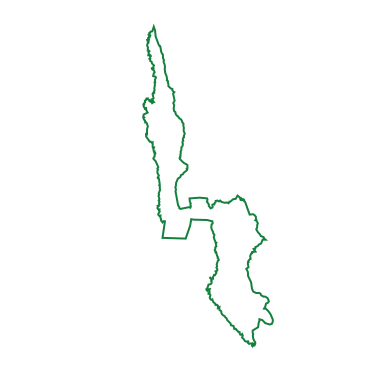 outline of Cohuecan, Morelos, Mexico, rotated 334°
{"feature_id": "50627088B76713899693742", "entity_name": "Cohuecan", "entity_type": "district", "adm_level": 2, "iso_a3": "MEX", "parent_name": "Mexico", "parent_adm1": "Morelos", "projection": "equal_earth", "projection_center": [-98.717, 18.758], "detail": "fine", "context": "isolated", "style": "outline", "palette": "green", "viewbox_px": 384, "rotation_deg": 334, "n_neighbors": 0, "source": "geoboundaries", "source_scale": "gbopen_adm2", "svg_char_len": 6042}
<svg xmlns="http://www.w3.org/2000/svg" viewBox="0 0 384 384"><g transform="rotate(334 192 192)"><path d="M181.4,356.9L182.3,356.2L183.0,354.7L182.7,353.7L182.8,350.4L183.9,347.4L184.7,346.6L184.7,345.4L185.8,343.1L192.1,342.5L194.5,338.9L196.1,337.4L196.8,335.9L199.1,338.0L200.4,342.0L203.7,345.1L206.0,345.5L207.9,343.8L208.7,342.1L209.0,336.1L208.4,332.6L207.2,329.1L205.7,328.4L207.7,327.0L209.6,324.8L211.6,324.8L213.1,324.1L213.5,320.7L212.0,318.1L210.6,317.6L208.9,315.2L209.0,313.5L208.5,312.5L205.4,310.9L203.4,308.4L203.5,305.3L205.5,299.1L205.6,292.0L207.2,288.3L207.1,284.9L209.8,284.4L210.7,281.0L211.4,280.0L212.2,279.8L212.1,278.9L214.8,277.6L215.3,277.8L216.2,275.1L218.2,273.3L219.2,273.4L219.6,272.3L222.9,273.4L222.3,270.2L223.0,270.2L224.0,271.5L223.9,271.0L224.9,269.3L227.2,269.4L229.2,268.5L231.5,268.6L234.6,265.8L237.2,267.1L236.4,265.0L236.6,263.9L234.5,261.7L234.5,260.0L233.6,257.0L233.4,253.6L234.9,252.6L236.3,250.0L237.4,249.1L237.5,247.0L237.1,246.2L237.5,245.4L236.9,245.0L237.8,244.7L238.0,243.3L238.6,242.1L238.0,240.0L237.1,238.7L233.9,237.6L235.4,224.3L234.9,223.1L235.4,222.0L235.1,221.3L234.4,221.6L233.7,219.8L233.0,221.0L232.2,220.4L232.5,217.9L231.4,215.2L228.2,217.3L225.8,216.5L222.1,217.5L221.4,217.1L219.9,218.1L218.8,216.7L217.1,216.3L214.4,214.1L213.5,212.0L212.2,212.4L211.0,210.8L209.3,210.4L208.8,211.4L207.4,212.0L206.6,212.9L205.9,212.3L204.6,212.5L204.1,214.3L203.6,214.9L201.6,214.9L201.0,211.8L201.7,210.4L201.1,207.4L201.8,207.0L202.0,206.1L202.6,205.6L202.7,204.3L196.5,200.5L187.0,196.7L185.8,199.7L185.8,201.8L185.2,202.3L184.6,204.5L183.6,205.4L182.7,204.3L174.1,202.1L173.5,201.0L173.9,200.0L173.7,197.7L177.5,184.1L178.7,182.8L179.1,180.4L180.0,179.7L181.8,176.7L185.2,173.8L188.0,173.5L189.6,171.9L191.5,172.1L193.0,171.1L197.0,170.2L197.6,169.7L197.5,168.6L198.5,168.4L199.7,165.6L197.2,161.9L195.5,156.9L195.7,156.1L196.6,155.9L196.7,155.1L197.6,154.5L197.7,153.6L198.7,152.6L199.5,150.7L200.9,149.5L201.9,147.4L203.7,146.4L204.9,144.8L205.0,143.5L205.7,142.5L206.5,142.3L206.7,140.9L208.1,139.3L208.8,139.3L209.1,138.2L211.1,136.3L211.3,133.4L212.8,130.7L213.5,128.0L214.3,127.0L213.8,124.9L214.1,124.3L214.0,122.0L212.9,120.2L212.5,117.8L211.9,116.8L211.5,115.0L212.1,112.7L211.4,111.6L212.0,109.1L214.1,106.0L214.1,103.9L216.4,102.3L218.1,95.4L219.8,94.5L219.3,94.0L219.0,92.0L219.5,90.7L218.5,89.9L217.2,86.6L218.3,83.9L218.3,82.8L219.0,82.0L218.4,80.5L219.0,79.9L219.9,76.8L220.2,72.9L221.7,68.9L222.5,67.9L223.3,65.2L223.4,63.1L223.8,62.0L224.6,61.2L224.6,59.1L226.1,55.6L225.7,54.6L225.8,52.4L227.2,47.8L227.2,46.7L226.8,46.6L226.6,45.3L227.5,36.2L229.6,30.7L230.1,26.7L226.8,30.2L225.0,29.7L224.2,30.5L223.2,30.4L222.7,31.3L223.2,33.0L222.8,33.4L221.9,32.7L222.0,33.8L221.6,34.4L221.1,34.0L220.3,34.9L219.9,34.6L219.3,35.7L218.4,35.6L218.3,36.6L219.7,36.7L218.2,38.8L217.7,38.5L215.8,40.7L215.8,42.8L214.2,45.5L215.3,46.1L215.5,46.8L213.9,47.7L213.9,48.6L212.6,50.0L213.3,50.5L214.3,50.4L214.7,51.2L214.4,51.9L213.8,51.8L213.1,53.6L212.1,53.7L212.4,54.8L211.9,55.9L212.8,57.3L212.4,58.9L213.3,61.6L211.6,63.0L211.6,64.3L211.3,64.5L210.7,64.4L210.7,63.5L210.2,63.2L209.9,63.7L211.1,66.3L210.9,68.1L209.5,68.7L207.9,70.8L209.8,72.4L209.6,73.5L207.8,75.0L207.5,76.1L206.7,76.7L206.9,77.4L206.3,77.6L205.5,79.7L203.6,82.2L203.2,83.8L202.6,84.2L201.5,86.4L200.5,86.6L200.9,85.7L199.5,86.6L198.6,90.8L197.7,91.3L196.7,91.1L197.0,93.7L195.6,92.3L196.0,94.5L195.1,94.7L195.0,92.9L194.5,92.9L193.6,91.6L193.8,90.3L192.9,89.3L193.3,88.5L192.1,88.0L190.9,89.2L189.7,89.2L189.2,90.9L187.4,91.4L186.8,92.0L187.2,92.5L186.2,93.3L186.0,94.5L186.4,95.8L187.0,96.1L186.1,96.8L186.4,97.2L187.3,97.0L186.8,98.3L186.9,101.2L182.5,101.2L181.4,102.7L181.7,103.9L180.8,103.8L180.6,106.1L181.1,107.0L180.4,109.0L181.4,109.4L181.5,111.2L181.0,113.8L179.3,115.6L176.8,120.4L176.1,119.8L175.1,122.0L176.1,128.3L177.0,128.7L177.5,130.1L178.4,130.1L176.3,134.4L176.3,135.1L177.3,135.3L176.0,136.8L175.5,138.7L176.1,139.1L175.3,140.1L176.1,140.7L176.0,141.2L174.5,142.5L174.1,143.6L172.1,144.7L171.9,145.3L172.8,148.3L172.6,154.9L171.2,155.7L171.3,157.0L170.4,157.5L169.3,159.5L169.4,162.7L167.4,164.1L167.5,164.8L168.1,165.0L168.0,165.9L166.3,171.2L165.5,171.5L165.7,172.7L164.6,174.5L164.5,175.8L161.4,178.7L161.3,180.0L160.2,180.8L159.6,184.1L158.3,185.1L158.6,186.3L157.5,187.5L157.1,189.3L155.2,189.4L155.5,190.2L154.7,190.3L153.9,191.3L153.9,192.4L155.2,193.4L154.1,194.4L154.5,195.3L151.9,197.1L151.7,197.7L152.2,199.3L153.3,199.4L152.3,201.4L152.3,202.8L151.7,204.1L152.2,206.4L153.5,205.7L154.8,206.5L145.4,220.3L165.9,231.1L175.6,221.4L179.4,216.1L181.4,217.6L193.3,223.8L197.5,227.3L196.7,229.4L195.4,229.7L193.8,232.2L193.3,234.9L193.5,237.4L192.9,238.4L193.4,240.2L191.6,242.4L191.1,247.4L191.7,248.3L190.7,248.9L190.1,251.5L188.7,251.9L188.0,253.4L187.0,254.0L187.0,255.6L186.6,256.3L186.7,256.8L187.3,256.8L186.6,260.0L186.7,261.7L186.1,262.4L186.4,263.2L186.3,264.8L185.2,265.1L182.4,267.9L182.1,269.6L180.8,270.7L180.9,272.3L180.2,273.7L178.4,273.6L178.5,275.3L176.2,276.8L175.5,276.2L173.6,277.7L172.8,279.2L171.6,278.6L171.0,277.0L170.6,277.1L171.0,278.7L170.8,280.4L170.2,280.5L170.2,281.4L169.7,282.4L168.4,283.0L166.2,282.5L163.5,285.3L162.3,285.6L162.1,286.3L162.6,287.7L164.4,286.7L165.4,287.1L164.4,287.9L163.9,289.8L162.4,290.2L162.2,290.8L163.1,291.1L163.4,292.6L161.6,294.8L161.5,296.2L162.0,297.3L163.2,297.4L162.9,300.3L163.8,302.2L163.6,303.6L164.0,304.2L164.6,304.0L165.3,304.9L165.4,305.9L164.4,307.6L166.2,307.5L165.0,309.7L165.0,310.3L165.8,311.3L165.8,312.8L165.3,314.0L165.6,315.8L167.0,318.1L167.0,319.4L167.7,320.6L167.5,322.4L169.0,327.1L168.6,328.9L170.6,330.5L170.0,333.6L171.1,333.9L171.5,334.6L171.4,335.6L172.0,336.3L172.3,338.0L173.4,338.8L172.8,340.1L172.9,341.5L173.9,341.9L174.8,341.6L174.7,343.4L173.2,344.8L173.9,346.4L174.2,349.1L175.3,350.4L176.9,350.7L176.9,351.6L176.2,352.2L176.7,353.5L178.8,354.0L179.6,354.9L178.6,356.2L178.7,357.3L179.5,357.0L180.5,355.0L181.4,356.1L181.4,356.9Z" fill="none" stroke="#15803d" stroke-width="2"/></g></svg>